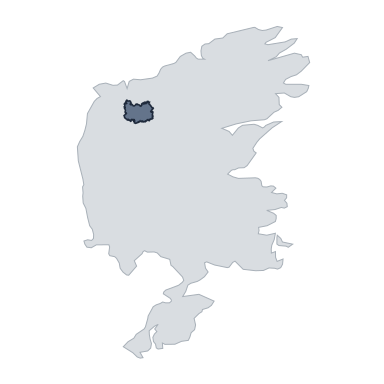 Callan-Thomastown Lea-6, Kilkenny, Ireland shown in context, rotated 181°
{"feature_id": "5873133B16918470579073", "entity_name": "Callan-Thomastown Lea-6", "entity_type": "district", "adm_level": 2, "iso_a3": "IRL", "parent_name": "Ireland", "parent_adm1": "Kilkenny", "projection": "albers", "projection_center": [-7.206, 52.516], "detail": "fine", "context": "in_parent", "style": "filled", "palette": "slate", "viewbox_px": 384, "rotation_deg": 181, "n_neighbors": 0, "source": "geoboundaries", "source_scale": "gbopen_adm2", "svg_char_len": 8734}
<svg xmlns="http://www.w3.org/2000/svg" viewBox="0 0 384 384"><g transform="rotate(181 192 192)"><path d="M245.3,48.7L237.5,54.2L236.2,56.3L234.0,64.8L233.7,67.2L228.8,76.6L225.9,78.5L221.8,80.0L219.4,81.5L216.4,80.7L212.6,80.8L210.7,82.5L210.8,83.8L211.9,85.3L218.9,89.7L218.5,91.5L216.5,93.5L203.8,98.5L200.1,101.5L198.7,103.5L200.0,106.9L210.0,117.2L211.7,118.3L213.1,124.3L222.0,126.8L225.7,130.5L228.8,131.4L235.6,131.1L238.4,132.5L239.9,131.5L240.8,129.5L248.5,122.3L246.1,116.9L253.8,107.7L255.9,107.9L259.5,110.6L262.5,114.5L263.5,119.7L266.3,124.4L268.2,126.0L273.1,126.9L274.2,128.8L273.4,135.6L274.2,137.8L286.7,137.5L291.7,134.5L296.1,135.0L298.2,138.0L299.2,141.1L295.5,142.4L291.6,141.8L289.7,143.8L289.6,147.8L291.0,152.9L293.7,156.5L295.9,164.6L297.8,173.7L300.6,179.1L301.2,185.9L300.9,189.2L301.5,195.2L300.3,197.4L301.3,203.0L306.2,221.1L307.4,235.2L305.1,240.6L302.1,245.7L300.2,251.7L298.7,258.2L297.9,268.6L291.3,280.9L288.5,283.9L285.2,285.8L292.6,294.3L286.6,298.1L280.1,299.4L272.9,297.3L268.4,297.6L262.7,302.1L261.4,301.3L258.7,294.3L256.7,301.5L252.5,303.8L245.4,303.3L233.5,305.2L228.9,307.3L227.0,310.5L225.5,314.2L223.6,316.4L221.5,317.5L212.3,320.2L210.4,321.3L206.1,327.3L200.4,330.7L195.8,331.7L191.7,328.1L190.0,326.0L188.1,324.9L181.8,325.0L183.7,326.1L185.0,328.6L185.5,333.3L184.7,337.9L181.6,340.2L177.8,340.6L171.8,345.3L163.9,346.5L159.6,350.8L133.4,357.6L132.0,357.7L128.4,355.6L124.6,354.7L120.7,355.2L109.7,359.0L104.4,358.0L111.5,347.8L120.7,342.9L121.7,341.4L118.7,340.6L101.5,343.7L95.4,346.6L89.5,347.2L92.4,342.6L100.3,336.4L107.1,332.4L110.1,328.7L118.3,324.6L92.0,332.6L85.2,331.2L83.7,328.7L78.4,329.6L76.6,323.5L84.9,314.7L89.6,311.0L95.1,309.1L100.4,306.2L102.5,302.6L100.1,301.3L84.5,301.6L77.0,300.5L77.6,297.6L79.1,294.3L87.0,289.1L91.2,288.4L94.9,289.0L101.4,292.6L110.2,291.8L106.7,288.1L106.3,280.9L103.6,278.3L107.3,275.1L111.4,273.2L118.4,266.5L120.9,265.5L134.3,264.2L148.9,260.9L163.3,256.2L156.0,253.2L152.6,249.4L146.8,256.8L142.6,259.6L131.1,260.8L127.5,259.8L122.5,257.3L120.9,258.2L119.3,259.9L111.6,263.4L103.6,264.0L113.1,257.5L125.2,246.4L128.0,242.9L131.9,236.7L130.8,233.8L128.5,232.2L137.3,219.4L140.3,217.2L145.8,216.9L149.8,215.0L151.5,215.0L153.1,214.3L156.7,210.5L151.4,207.9L145.9,206.4L128.8,207.3L126.5,206.9L124.5,205.7L123.1,203.9L122.3,199.5L121.0,198.4L117.2,198.3L113.3,199.5L110.7,199.3L108.2,197.3L112.5,192.9L107.2,191.6L101.7,192.3L97.3,190.8L97.3,187.9L99.4,185.2L96.9,182.4L96.5,179.0L99.4,177.5L102.4,178.1L108.8,175.9L117.0,174.9L110.1,172.2L107.4,170.0L107.4,166.8L108.1,164.0L116.3,159.6L124.8,157.8L124.3,154.7L125.0,151.4L116.5,150.1L107.9,152.2L109.0,145.8L111.3,140.2L111.8,136.4L111.6,132.3L107.5,133.9L107.3,128.1L105.7,124.1L99.8,126.6L100.2,121.4L102.0,117.9L105.1,116.4L108.1,117.2L113.7,117.4L119.2,114.8L127.1,114.4L139.5,115.6L147.8,123.6L150.1,122.3L153.6,117.5L155.3,117.0L168.1,119.4L176.1,122.4L178.2,121.5L177.2,116.1L174.5,112.3L178.1,107.5L182.3,104.3L185.1,102.7L191.6,100.7L194.5,98.8L196.5,92.5L199.5,87.3L183.3,89.8L168.0,83.3L170.6,79.0L173.9,76.5L179.5,74.7L180.0,72.5L182.9,70.6L187.7,65.7L186.1,59.1L187.0,54.4L190.4,51.3L191.6,46.9L193.1,43.6L199.9,42.5L206.4,39.5L216.4,39.2L219.0,40.5L218.5,35.1L223.2,34.4L225.0,35.5L225.8,39.3L227.9,41.8L228.6,46.0L227.1,49.3L224.7,51.8L226.9,54.4L223.5,59.1L227.2,57.1L232.4,52.5L232.2,48.8L231.3,44.1L229.9,39.8L230.6,35.2L233.5,32.3L241.2,30.8L238.1,25.5L240.9,25.0L243.9,26.1L248.4,30.3L258.0,36.1L253.3,41.2L247.6,44.8L245.3,48.7ZM106.3,147.9L106.0,150.3L102.4,147.1L100.7,143.6L90.4,141.6L94.8,138.4L96.9,139.5L104.2,140.0L106.2,141.4L106.3,147.9Z" fill="#d9dde1" stroke="#a8b0b8" stroke-width="1"/><path d="M258.9,282.7L259.3,282.1L259.1,282.0L259.1,281.4L259.8,281.0L259.9,280.5L259.9,280.3L259.8,280.1L259.3,280.0L258.9,279.7L258.8,279.4L259.3,279.1L259.7,279.1L259.9,279.4L260.3,279.5L260.7,279.5L260.7,279.4L260.7,279.1L261.1,279.0L261.2,278.8L261.3,278.7L261.2,278.6L261.0,278.4L260.7,277.8L260.6,277.7L260.7,277.4L260.8,276.8L260.7,276.5L261.3,276.0L261.2,275.8L260.6,275.5L260.3,275.6L260.2,275.5L260.2,275.3L260.3,275.3L260.8,275.2L261.0,275.0L261.1,274.8L261.0,274.6L260.6,274.3L260.6,274.2L260.7,273.9L260.3,273.6L259.9,272.6L260.1,272.2L260.1,271.7L260.3,271.2L260.2,270.6L260.2,270.3L260.1,270.2L259.5,270.2L259.3,270.0L259.1,269.9L258.9,269.5L259.0,269.4L259.2,269.2L259.6,269.1L259.6,268.6L260.2,268.4L260.4,267.9L260.7,267.6L261.0,267.6L261.3,267.2L261.2,267.1L260.9,266.8L260.8,266.6L261.0,266.2L260.6,265.0L260.3,265.0L260.0,264.8L259.8,264.4L259.4,264.0L258.7,263.8L258.3,263.6L258.2,263.0L257.9,262.8L257.6,263.0L257.5,263.3L257.4,263.4L257.2,263.5L257.1,263.1L256.9,263.1L256.9,262.8L256.3,262.6L256.1,262.6L255.9,262.9L255.7,262.8L255.8,262.7L255.6,262.4L255.2,262.4L255.0,262.0L254.7,261.7L254.5,261.8L254.4,261.7L254.3,261.8L254.2,261.8L254.1,262.0L254.2,262.5L254.0,262.9L254.1,263.1L253.8,263.3L253.6,263.5L253.1,263.2L252.6,262.9L252.4,263.2L252.3,262.9L252.1,263.0L251.7,263.1L251.5,262.7L251.4,262.7L251.1,263.1L250.9,263.2L250.8,262.8L250.9,262.7L250.7,262.5L250.8,262.4L250.6,262.3L250.6,262.1L250.6,261.8L250.9,261.9L251.2,261.8L251.6,261.8L251.5,261.5L251.5,261.4L251.2,261.2L250.9,260.7L250.7,260.4L250.7,260.0L250.2,260.0L249.8,259.8L249.1,259.9L248.9,260.0L248.7,260.0L248.4,260.2L248.5,260.0L248.2,260.1L247.7,260.4L247.3,260.5L246.6,260.7L246.6,260.8L246.3,260.9L246.4,261.3L245.9,261.5L245.6,261.7L245.5,261.8L245.3,261.8L245.2,262.0L245.1,261.8L244.9,261.8L244.7,261.8L244.8,261.6L244.6,261.6L244.5,261.4L244.5,261.5L244.4,261.5L243.9,261.6L243.9,261.8L243.4,261.7L243.3,262.1L243.0,262.1L243.0,261.7L242.6,261.7L242.7,261.4L242.3,261.5L242.2,261.4L242.1,261.6L241.6,261.5L241.3,261.5L241.2,261.4L241.0,261.5L240.6,261.4L240.4,261.5L240.4,261.4L240.1,261.3L239.7,261.5L239.4,262.0L239.1,262.1L239.4,262.4L239.1,262.5L238.9,262.7L239.0,262.8L238.7,262.7L238.5,262.9L238.3,262.9L237.9,263.6L237.6,263.5L237.6,263.4L237.5,263.2L237.1,263.4L236.9,263.3L236.8,263.2L236.7,263.1L236.7,262.9L236.6,262.7L236.1,262.6L236.1,262.8L235.7,263.0L235.7,263.3L235.6,263.2L235.4,263.4L235.4,263.6L235.2,263.7L235.1,264.0L234.7,264.3L234.6,264.2L234.3,264.1L234.0,264.1L233.6,264.4L233.3,264.4L233.0,264.4L232.8,264.6L232.9,264.9L232.5,265.1L232.4,265.2L232.5,265.3L232.9,265.4L233.1,265.6L233.0,265.8L232.7,266.2L232.8,266.2L232.9,266.6L232.7,266.8L232.8,266.9L232.8,267.0L232.7,267.3L232.6,267.5L233.0,267.6L233.0,267.9L233.0,268.0L232.9,268.2L232.9,268.3L232.9,268.6L233.0,268.7L232.8,268.9L232.8,269.2L232.7,269.5L232.7,269.8L232.7,270.1L232.7,270.6L232.6,270.8L232.9,270.8L233.1,271.2L233.0,271.3L233.0,271.5L232.9,271.6L233.2,271.8L233.5,271.7L233.6,271.4L234.0,271.0L234.5,271.4L234.7,271.7L234.4,272.2L234.2,272.4L234.2,272.6L234.1,272.8L234.0,273.0L233.7,273.3L233.7,273.2L233.4,273.4L232.8,274.0L232.7,274.1L232.6,274.3L232.6,274.6L232.5,274.8L232.2,275.0L232.4,275.3L232.5,275.6L233.2,275.5L233.6,275.6L233.5,275.9L233.6,276.1L234.0,276.5L234.5,276.8L234.5,277.0L234.7,277.7L235.2,278.0L235.3,278.1L235.5,278.3L235.6,278.5L235.7,278.9L236.0,278.9L236.3,279.1L236.5,279.2L236.5,279.4L236.6,279.5L236.6,279.9L236.5,280.4L236.3,280.6L236.2,280.9L236.3,281.0L236.2,281.1L236.6,281.2L237.2,281.6L237.3,281.1L237.8,281.2L237.7,281.8L238.2,281.8L238.2,281.7L238.3,281.6L238.2,281.0L238.3,280.7L238.4,280.4L238.7,280.2L238.9,280.5L238.9,280.8L239.1,280.8L239.1,281.0L239.4,280.9L239.7,281.1L239.8,281.0L239.9,280.6L240.1,280.5L240.1,280.3L240.1,280.1L240.0,279.6L240.9,279.8L240.8,279.5L241.3,279.3L241.2,279.7L241.7,279.9L241.6,280.4L241.6,280.6L242.2,280.1L242.3,280.0L242.4,279.8L242.7,280.0L242.9,280.0L242.9,279.8L242.9,279.7L243.3,279.6L243.6,279.4L243.9,279.1L243.6,278.7L243.5,278.3L243.9,278.1L244.0,278.3L244.1,278.1L244.0,277.7L244.2,277.3L244.4,277.1L244.5,277.3L244.7,277.1L244.9,277.1L245.1,277.0L245.3,277.2L245.4,277.3L245.5,277.2L245.8,277.4L245.9,277.7L246.1,277.9L246.3,278.2L246.8,278.2L247.1,278.3L247.6,278.3L247.6,278.5L247.8,278.5L248.0,278.8L248.5,278.6L248.5,278.9L248.6,279.0L248.9,279.0L249.1,278.8L249.3,278.7L249.7,278.7L249.9,278.2L250.2,277.9L250.5,277.7L250.8,277.3L251.2,277.2L251.4,277.0L251.6,277.0L251.9,277.1L252.3,277.1L252.4,277.4L252.7,277.8L252.8,277.9L253.0,278.1L253.3,278.1L253.4,278.5L253.6,278.6L253.9,278.7L254.0,278.7L254.0,278.3L254.3,278.3L254.6,278.1L254.9,278.2L255.2,278.5L254.9,278.7L254.8,278.9L254.9,279.0L254.6,279.1L254.8,279.5L254.6,279.6L254.8,279.8L254.7,279.9L254.9,280.3L254.6,280.6L254.9,281.0L255.0,281.2L255.1,281.3L255.2,281.6L255.5,281.5L255.8,281.7L255.8,281.9L255.9,282.0L256.1,282.0L256.3,282.1L256.5,282.1L256.8,282.0L257.1,281.8L257.4,281.7L257.8,281.8L258.1,281.9L258.2,282.2L258.4,282.6L258.9,282.7Z" fill="#64748b" stroke="#1e293b" stroke-width="1.5"/></g></svg>